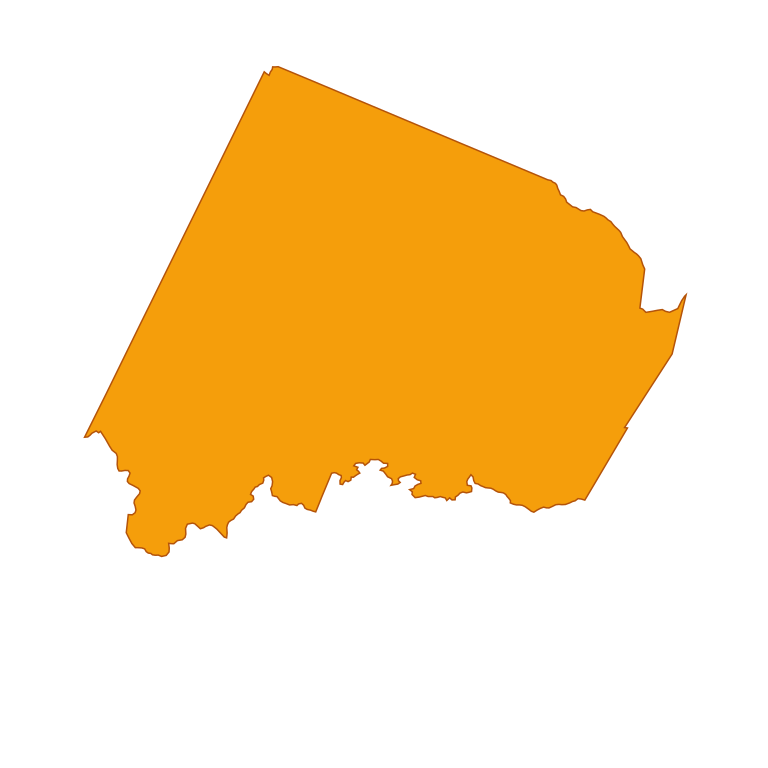 Formosa da Serra Negra, Maranhão, Brazil (Albers equal-area conic projection), rotated 26°
{"feature_id": "56859067B92556149898263", "entity_name": "Formosa da Serra Negra", "entity_type": "district", "adm_level": 2, "iso_a3": "BRA", "parent_name": "Brazil", "parent_adm1": "Maranhão", "projection": "albers", "projection_center": [-46.127, -6.579], "detail": "fine", "context": "isolated", "style": "filled", "palette": "amber", "viewbox_px": 768, "rotation_deg": 26, "n_neighbors": 0, "source": "geoboundaries", "source_scale": "gbopen_adm2", "svg_char_len": 4286}
<svg xmlns="http://www.w3.org/2000/svg" viewBox="0 0 768 768"><g transform="rotate(26 384 384)"><path d="M616.4,171.4L615.7,173.4L615.4,175.9L615.0,178.7L615.0,182.8L615.0,187.4L609.2,194.4L605.1,195.3L601.5,195.1L597.3,198.0L593.6,200.8L588.0,204.8L583.7,203.3L580.7,203.6L567.9,166.4L564.3,163.4L562.4,161.4L559.9,158.8L556.5,157.2L554.0,156.4L551.2,156.0L545.9,154.7L543.5,152.8L540.3,150.5L533.7,147.0L530.3,144.0L528.1,143.0L524.9,142.0L522.2,141.2L519.4,140.0L516.7,138.6L513.4,138.3L510.7,137.4L508.1,136.9L503.4,137.0L499.1,137.4L496.1,137.7L493.0,136.6L490.4,138.4L488.0,140.8L485.0,141.8L479.3,141.2L475.8,142.1L472.3,141.3L468.5,140.5L466.1,138.1L463.2,136.6L459.7,136.6L456.8,133.9L454.5,132.1L452.1,129.5L450.1,128.5L447.1,128.5L445.0,127.9L441.6,128.7L348.1,134.0L196.2,142.5L168.5,144.1L149.8,145.2L147.1,146.8L144.9,147.8L145.6,150.2L145.1,153.5L145.4,157.0L141.8,156.5L139.5,155.9L138.8,417.7L138.7,436.1L138.6,515.0L138.2,563.1L141.0,561.4L142.2,559.0L143.1,556.2L145.9,552.4L148.9,552.9L150.0,550.8L152.5,552.3L157.5,555.3L164.6,560.2L168.7,562.7L173.8,563.8L176.2,566.1L177.6,569.0L179.5,573.4L181.7,576.6L184.0,578.3L186.2,577.3L189.1,575.2L192.1,573.9L194.8,575.4L195.2,578.6L195.1,581.7L196.1,584.1L198.6,585.2L202.9,585.2L208.8,585.5L211.7,586.9L212.4,589.7L211.2,594.5L210.6,597.7L211.5,600.5L213.9,602.9L216.3,606.0L216.7,608.8L215.1,611.9L211.4,613.5L217.5,630.6L221.9,634.0L227.3,637.9L232.2,640.1L235.2,638.7L238.2,637.5L241.1,637.1L243.8,638.9L246.2,639.3L248.7,638.5L250.8,639.0L253.4,638.2L256.2,636.7L259.7,636.5L263.4,633.5L264.4,629.2L262.9,625.6L260.3,621.6L262.7,620.8L265.1,619.7L267.0,615.3L271.0,612.4L272.4,609.0L271.7,605.8L268.9,600.7L268.7,596.2L272.8,593.0L275.1,592.5L278.7,593.5L282.4,594.6L284.9,592.2L286.1,590.2L288.9,587.2L291.7,586.5L294.3,587.0L297.4,587.7L307.5,591.6L310.0,591.3L309.2,589.0L308.3,586.7L307.0,584.4L305.6,581.9L305.0,579.3L304.9,576.3L306.2,573.7L308.0,571.3L308.5,567.6L309.8,564.6L311.0,562.7L311.3,560.0L312.8,556.5L312.8,552.8L313.6,549.9L316.6,547.8L317.4,544.7L315.6,542.1L312.4,541.7L312.2,538.7L313.1,535.4L313.4,533.1L315.2,531.6L316.1,529.0L318.5,526.2L318.1,523.2L316.9,521.1L318.5,518.6L320.2,516.6L324.0,517.3L326.7,520.6L328.0,524.5L328.1,527.8L329.7,529.5L331.1,531.2L332.6,533.2L335.1,532.8L337.2,532.1L339.8,533.4L342.0,534.5L345.0,534.8L348.4,534.4L352.1,534.1L355.5,532.1L359.0,531.4L359.8,529.2L362.2,527.4L364.9,528.2L367.3,530.2L369.9,530.4L373.2,529.6L376.1,529.4L378.7,528.9L377.8,515.8L377.6,513.6L376.0,487.2L378.1,485.5L380.4,484.9L383.0,485.3L385.6,485.0L386.8,487.0L386.8,490.1L388.4,493.2L390.9,492.5L391.1,489.8L391.8,487.6L394.5,487.5L396.3,485.0L395.4,482.0L397.4,481.2L398.7,478.7L399.9,476.7L401.3,474.7L399.3,473.6L397.0,473.1L397.1,470.3L392.7,470.8L393.3,467.8L396.2,465.7L399.9,464.2L402.5,465.4L404.9,460.6L404.8,457.8L409.0,456.0L412.0,454.3L415.2,454.6L418.3,455.4L422.1,453.8L423.4,456.5L421.2,459.4L418.8,460.9L418.3,463.1L421.6,462.6L425.0,464.2L427.9,465.8L432.3,465.8L434.2,467.5L435.0,469.7L434.7,472.0L437.2,470.1L440.3,467.9L441.7,465.4L439.4,464.6L438.3,462.8L439.4,460.3L442.2,457.9L444.5,455.8L447.2,454.0L448.6,451.6L451.9,451.3L452.1,454.7L455.9,455.5L459.4,454.9L460.8,457.1L458.4,459.4L456.6,462.1L456.5,465.0L453.3,467.7L456.7,468.5L457.6,471.0L461.8,472.5L465.1,470.3L467.9,467.9L470.0,466.1L473.0,465.8L477.3,463.7L479.5,464.0L481.6,462.6L483.9,460.5L486.4,460.1L489.0,459.5L491.5,461.2L492.9,457.6L495.9,458.4L498.7,456.9L497.7,454.2L499.2,451.7L500.1,448.8L502.2,446.5L505.8,445.7L507.5,444.4L509.8,442.3L508.6,439.0L506.9,437.4L503.3,438.5L501.2,435.5L501.0,432.7L501.5,430.2L501.9,427.4L504.8,428.5L507.0,431.5L509.5,433.4L512.4,432.6L515.5,433.0L517.6,432.8L520.5,432.7L523.1,431.8L525.7,430.8L528.4,430.7L531.2,431.1L534.0,431.1L536.6,430.2L539.0,429.5L541.9,429.9L543.9,431.1L546.3,432.1L548.8,433.4L549.6,435.5L553.1,435.3L556.1,434.6L558.5,433.4L561.4,432.4L564.8,432.4L569.4,433.2L572.2,433.8L574.9,433.5L576.9,430.2L579.0,427.3L581.4,424.7L584.3,424.1L586.7,423.0L589.3,419.8L591.3,417.2L594.0,415.5L596.7,414.5L599.8,412.8L603.0,409.5L605.0,406.9L607.0,405.2L608.6,402.0L611.8,400.9L615.4,400.3L617.1,379.6L622.1,316.8L619.3,317.7L620.5,308.0L624.9,271.3L629.8,230.7L616.4,171.4Z" fill="#f59e0b" stroke="#b45309" stroke-width="1.5"/></g></svg>